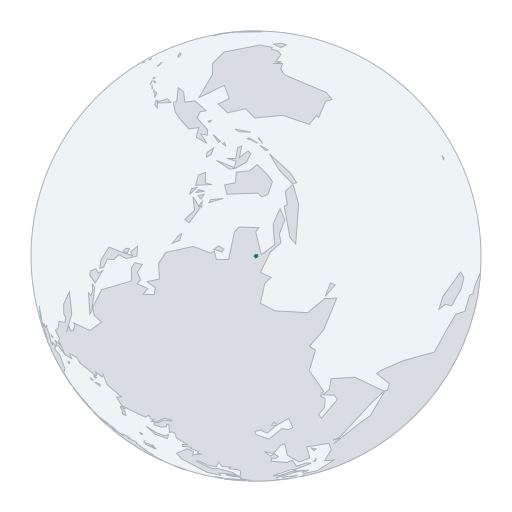 Saraburi on an orthographic globe, rotated 221°
{"feature_id": "THA-415", "entity_name": "Saraburi", "entity_type": "Province", "adm_level": 1, "iso_a3": "THA", "parent_name": "Thailand", "parent_adm1": "", "projection": "orthographic", "projection_center": [100.926, 14.549], "detail": "fine", "context": "on_globe", "style": "filled", "palette": "teal", "viewbox_px": 512, "rotation_deg": 221, "n_neighbors": 0, "source": "natural_earth", "source_scale": "10m", "svg_char_len": 10285}
<svg xmlns="http://www.w3.org/2000/svg" viewBox="0 0 512 512"><g transform="rotate(221 256 256)"><circle cx="256" cy="256" r="225" fill="#eef3f6" stroke="#a8b0b8"/><path d="M468.6,326.7L468.1,328.1L468.0,328.4L468.6,326.7ZM356.4,54.3L357.7,55.2L366.2,60.1L358.7,56.2L379.8,69.4L386.8,76.2L374.4,66.0L369.7,63.2L372.2,66.1L367.9,63.9L366.7,64.4L361.3,61.8L354.5,56.8L351.0,55.2L352.9,57.5L348.8,56.9L346.5,53.7L339.0,52.5L326.3,45.5L324.4,41.6L312.9,38.1L310.0,37.3L325.8,41.8L341.3,47.5L356.4,54.3ZM373.4,64.6L371.5,63.1L374.8,65.4L373.4,64.6ZM367.4,64.9L369.3,66.2L367.9,66.0L367.4,64.9ZM358.4,62.0L355.4,61.5L357.2,61.0L358.4,62.0ZM352.9,60.7L345.9,60.4L349.6,62.9L335.4,56.3L346.0,58.4L347.7,57.2L349.5,59.1L352.9,60.7ZM301.6,35.4L302.1,35.5L294.1,34.0L290.6,33.4L301.6,35.4ZM328.7,53.1L326.0,52.5L327.5,52.2L328.7,53.1ZM307.2,36.6L300.7,35.5L299.8,35.4L294.1,34.0L307.2,36.6ZM273.4,31.4L273.9,31.4L271.2,31.2L271.4,31.3L273.4,31.4ZM289.9,33.4L287.2,33.0L291.9,33.9L287.2,33.3L284.2,32.6L283.6,32.7L282.1,32.6L281.3,32.2L289.9,33.4ZM269.7,31.1L271.2,31.4L265.8,30.9L258.0,30.7L257.6,30.7L269.7,31.1ZM277.2,31.9L273.2,31.5L273.7,31.5L276.8,31.7L277.2,31.9ZM285.1,33.3L293.0,34.3L293.4,34.5L285.1,33.3ZM268.8,31.3L270.2,31.5L268.2,31.3L268.8,31.3ZM280.0,32.6L282.7,32.8L283.1,33.0L280.0,32.6ZM270.6,31.8L268.8,31.5L270.8,31.5L270.6,31.8ZM274.8,32.1L274.6,32.3L272.6,31.7L276.0,32.2L274.8,32.1ZM279.9,32.7L281.0,32.9L278.7,32.6L279.9,32.7ZM263.9,32.1L260.9,31.3L265.4,31.2L267.7,31.9L263.9,32.1ZM76.3,120.2L77.0,122.6L75.8,125.2L68.8,134.3L63.4,153.0L70.0,146.5L72.1,159.1L78.0,162.6L92.5,145.2L82.9,138.9L88.2,128.9L101.5,126.2L110.9,133.0L113.3,129.4L113.1,118.5L121.3,114.0L113.8,114.4L112.4,118.6L107.7,119.3L108.7,115.5L111.5,113.9L110.3,110.8L97.2,120.5L94.3,125.9L87.6,123.8L82.3,133.0L78.4,135.7L85.9,121.5L89.7,117.2L98.9,101.4L94.3,105.5L85.3,121.0L85.5,119.0L79.2,125.8L84.1,119.1L95.1,102.1L93.0,101.4L83.0,111.7L98.6,94.9L97.7,95.8L103.0,90.9L112.7,82.2L110.7,84.2L114.2,81.4L113.6,82.6L121.5,78.0L122.2,79.0L133.8,71.6L135.7,71.4L128.3,75.6L123.6,79.6L126.5,83.6L129.5,82.8L136.8,77.9L136.6,80.1L143.3,75.0L149.1,75.9L147.6,70.8L156.1,66.1L164.2,64.1L166.7,62.0L153.6,65.3L148.6,67.6L144.7,70.9L130.8,77.7L128.0,77.7L141.6,67.9L139.1,67.2L150.7,60.8L179.1,54.1L186.6,55.0L181.3,65.5L174.7,67.4L173.3,64.3L166.8,71.2L171.1,68.7L171.0,70.8L179.1,67.8L179.4,69.2L186.6,64.1L187.9,65.6L183.3,68.8L196.4,66.5L201.3,69.2L204.1,68.1L205.7,66.1L210.9,71.5L212.8,70.5L211.8,68.3L214.8,65.0L222.2,61.6L223.6,63.6L221.1,65.1L218.0,71.8L211.2,76.1L212.6,76.6L218.8,73.4L222.5,65.2L226.6,62.6L225.7,66.3L226.4,64.7L228.8,64.1L232.5,65.6L233.9,61.7L258.9,55.0L268.6,58.0L265.1,61.5L284.0,61.2L293.5,66.2L292.5,63.9L301.0,63.2L298.1,61.6L298.3,60.5L318.7,59.8L324.5,61.8L332.2,60.3L331.8,59.4L327.8,57.7L335.4,56.3L349.6,62.9L349.9,64.7L358.5,68.3L358.2,72.1L361.8,77.4L356.4,80.5L359.8,85.0L362.8,86.0L369.6,93.4L373.3,106.5L357.1,91.4L349.0,74.1L351.2,80.4L346.7,77.9L345.1,79.7L347.0,84.7L349.6,85.8L332.4,90.9L329.1,105.0L338.9,104.9L345.5,110.0L350.3,129.4L333.6,155.4L342.2,165.2L343.0,171.5L336.2,175.0L334.8,165.8L327.5,162.2L327.7,156.9L316.3,160.4L316.2,153.1L307.4,160.1L311.2,166.1L321.3,165.2L313.8,175.3L324.6,186.4L326.4,199.5L309.6,222.0L291.9,228.4L290.9,232.5L283.7,227.4L274.3,235.4L288.0,259.8L287.8,266.7L272.4,279.2L272.1,274.0L252.8,260.5L249.4,276.8L264.0,291.3L269.0,307.6L257.8,302.0L252.7,287.7L245.9,282.4L247.7,268.2L241.9,246.5L230.6,249.8L231.4,241.2L221.7,223.1L205.5,227.2L179.8,247.2L176.3,268.7L167.4,277.2L156.4,244.2L156.5,223.0L149.3,223.9L140.6,204.5L116.2,198.3L115.7,192.5L110.4,193.8L104.8,186.6L105.0,177.4L100.2,176.6L100.4,201.1L105.8,202.2L114.4,195.2L113.1,203.5L118.9,212.7L102.1,229.2L70.7,238.0L72.5,221.6L74.0,173.5L76.7,169.2L76.9,168.7L77.2,167.7L72.3,174.4L74.2,165.4L68.2,197.3L65.0,210.4L70.2,238.8L68.5,240.8L71.7,247.3L87.7,246.3L86.7,251.6L76.1,273.8L58.3,300.5L63.5,324.2L67.0,343.0L62.1,351.3L69.0,366.6L67.4,369.5L71.5,377.7L73.8,384.6L75.4,389.8L72.4,386.5L63.0,372.3L54.8,357.3L47.7,341.7L41.8,325.7L37.1,309.3L33.7,292.5L33.4,290.7L33.3,289.8L31.4,273.6L30.7,257.3L31.2,240.9L32.9,224.7L35.8,208.6L39.8,192.8L44.9,177.3L51.2,162.2L58.5,147.6L66.9,133.5L76.3,120.2ZM115.8,150.8L124.8,154.9L129.4,141.9L133.2,142.7L133.4,138.3L129.7,141.0L131.4,129.5L138.4,127.8L141.7,122.9L138.9,121.3L125.9,126.4L123.3,142.5L117.5,146.4L115.8,150.8ZM131.0,68.6L131.7,68.1L133.9,66.8L130.8,69.0L126.8,71.6L126.2,71.9L131.0,68.6ZM127.4,71.6L141.1,62.8L142.2,62.7L139.3,64.1L138.6,65.0L133.7,67.6L121.4,76.9L117.0,80.0L117.8,78.1L119.9,76.8L122.8,74.5L127.4,71.6ZM179.9,44.0L174.7,46.4L169.8,48.3L168.6,48.4L171.3,47.2L174.1,46.1L175.5,45.6L179.9,44.0ZM233.0,31.9L236.3,31.6L246.0,31.0L249.2,30.9L245.5,31.1L251.3,31.0L246.4,31.5L248.6,31.6L245.9,32.6L237.5,33.5L240.5,33.6L238.7,34.8L231.8,35.9L233.6,34.7L224.6,37.1L223.0,36.2L222.1,36.5L218.2,36.5L211.8,37.3L212.1,36.8L209.5,37.4L206.8,37.6L203.4,38.4L202.7,37.9L198.3,38.9L200.5,38.2L193.2,40.1L198.3,38.6L195.4,39.2L192.0,40.4L193.8,39.5L213.2,34.8L233.0,31.9ZM262.9,32.3L253.1,32.8L247.4,32.8L254.4,31.2L253.1,31.1L257.4,30.7L265.5,31.0L263.6,31.0L261.0,30.9L263.0,31.1L260.4,31.3L261.2,31.6L257.8,31.6L262.9,32.3ZM78.9,122.7L78.8,123.8L79.6,124.6L75.7,129.2L78.9,122.7ZM86.0,111.0L86.6,111.1L81.4,117.3L81.5,116.4L86.0,111.0ZM91.3,106.1L87.0,110.6L89.4,107.6L91.3,106.1ZM129.3,75.7L130.4,75.8L128.8,77.0L126.2,78.5L129.3,75.7ZM204.9,45.1L206.8,43.8L208.2,43.7L215.5,41.4L217.3,42.3L213.6,44.0L204.9,45.1ZM88.4,147.3L84.1,149.8L84.3,147.4L85.7,147.0L88.4,147.3ZM77.6,138.9L78.0,143.1L76.5,140.1L77.6,138.9ZM208.0,45.6L210.8,44.5L210.0,45.7L208.0,45.6ZM219.0,42.8L218.7,44.0L218.4,42.1L219.0,42.8ZM177.1,451.4L181.7,453.8L178.5,453.4L177.1,451.4ZM88.4,348.0L91.1,378.2L85.0,376.1L79.6,365.9L75.7,346.9L81.4,343.7L83.0,335.8L88.4,348.0ZM324.8,345.3L331.3,346.2L331.1,347.2L324.8,345.3ZM318.0,341.8L325.6,342.1L316.6,344.0L318.0,341.8ZM328.5,342.3L336.2,340.3L339.5,338.7L338.8,340.7L328.5,342.3ZM312.9,341.9L284.6,341.1L273.3,338.0L276.0,334.5L294.2,336.0L312.9,341.9ZM275.1,334.3L257.9,323.2L234.0,291.2L242.5,292.3L267.4,312.1L265.9,315.2L276.3,323.9L275.1,334.3ZM316.7,316.1L315.0,325.7L299.5,324.7L292.4,322.9L287.5,310.5L290.2,304.3L296.0,304.6L318.4,283.6L326.3,289.0L319.5,297.9L325.9,306.4L316.7,316.1ZM177.3,270.9L182.1,284.5L177.2,286.0L177.3,270.9ZM327.2,268.7L318.4,278.0L326.4,265.6L327.2,268.7ZM331.9,257.0L332.5,261.8L328.8,257.1L331.9,257.0ZM290.9,239.1L284.7,240.0L284.5,236.6L292.2,233.5L290.9,239.1ZM327.6,210.7L327.9,220.5L326.8,223.8L323.8,217.8L327.6,210.7ZM227.0,55.5L214.9,57.4L207.3,60.2L204.9,63.8L203.1,60.0L214.8,55.5L227.0,55.5ZM254.8,54.6L256.8,52.2L259.4,53.2L259.3,53.9L254.8,54.6ZM253.6,53.1L249.6,50.4L253.0,49.1L255.5,51.4L253.6,53.1ZM228.4,46.8L224.7,47.1L225.4,46.0L228.4,46.8ZM417.0,412.7L417.0,413.4L410.6,419.6L403.0,426.3L398.1,429.5L417.0,412.7ZM371.7,435.2L374.2,429.2L381.3,427.7L376.1,433.4L371.7,435.2ZM422.1,407.6L427.9,401.0L432.8,393.7L428.8,400.0L430.1,399.0L418.0,412.5L422.1,407.6ZM353.2,411.5L310.2,425.5L301.4,424.0L304.9,418.5L299.5,401.6L302.5,402.0L302.2,390.4L328.3,379.5L347.5,359.4L360.5,360.3L371.3,345.5L384.2,345.9L379.5,357.4L391.9,364.1L403.0,338.0L407.9,364.4L415.1,372.9L413.9,389.0L391.2,418.0L380.6,424.2L379.7,422.0L375.0,425.1L369.4,424.6L368.6,416.3L363.9,419.3L369.5,412.4L362.2,418.7L360.3,413.4L353.2,411.5ZM444.7,355.0L445.9,355.4L446.9,359.4L445.0,359.2L444.7,355.0ZM465.3,333.5L465.1,335.5L464.1,336.6L465.3,333.5ZM468.0,328.4L466.9,330.0L468.6,326.7L468.0,328.4ZM454.4,337.6L454.7,339.1L454.1,339.8L454.4,337.6ZM454.0,337.2L455.1,334.3L454.6,337.0L454.0,337.2ZM449.1,324.1L450.1,322.5L450.4,323.5L449.1,324.1ZM341.0,346.2L350.3,338.7L355.1,338.0L341.0,346.2ZM448.1,321.3L445.8,321.5L446.1,320.0L448.1,321.3ZM448.5,317.9L448.4,315.8L449.4,320.4L448.5,317.9ZM444.3,314.0L446.9,317.2L444.0,314.5L444.3,314.0ZM442.6,314.8L440.5,313.5L440.7,312.8L442.6,314.8ZM417.1,320.5L425.1,332.0L418.2,332.4L410.6,325.4L403.9,333.0L389.1,332.8L392.8,328.2L391.0,321.5L375.3,319.5L372.1,315.1L377.8,312.0L367.2,308.8L378.9,306.4L383.5,315.3L390.0,307.9L400.9,309.2L411.2,311.5L419.1,317.7L417.1,320.5ZM378.6,326.4L380.6,326.4L378.7,329.1L378.6,326.4ZM436.6,309.0L439.5,313.0L439.1,314.2L437.6,313.7L436.6,309.0ZM421.0,316.0L429.7,307.7L431.6,307.6L425.8,316.7L421.0,316.0ZM427.7,303.0L431.6,303.6L433.5,307.7L432.7,308.9L427.7,303.0ZM354.9,318.7L354.4,321.2L351.3,319.3L354.9,318.7ZM358.9,317.1L368.1,319.6L358.0,319.3L358.9,317.1ZM330.3,308.5L333.1,314.5L341.9,310.7L335.2,316.2L341.0,326.0L338.9,329.7L333.1,319.1L330.9,330.1L326.9,329.9L324.9,320.5L329.0,309.0L332.9,304.2L348.7,302.2L330.3,308.5ZM358.9,309.8L356.4,302.8L358.2,298.1L360.9,301.8L358.9,309.8ZM348.9,286.1L342.1,278.0L336.1,281.1L348.0,269.8L352.6,279.3L348.9,286.1ZM342.8,268.3L337.2,271.1L342.9,264.6L342.8,268.3ZM335.7,268.4L334.8,262.8L339.4,263.5L335.7,268.4ZM345.8,268.6L346.5,259.0L348.9,264.6L345.8,268.6ZM332.4,250.2L342.5,259.5L329.7,255.5L328.3,237.3L333.7,236.9L332.4,250.2ZM356.7,178.5L354.9,173.6L359.5,172.6L359.4,176.2L356.7,178.5ZM372.8,166.3L360.1,170.7L349.7,175.1L353.4,177.3L351.8,185.7L345.8,177.9L352.4,168.8L360.5,167.1L360.8,160.4L366.2,155.9L363.6,147.6L365.7,144.2L370.5,151.4L372.8,166.3ZM362.1,144.2L359.6,130.2L368.6,132.4L371.2,135.9L368.6,141.2L364.0,139.7L362.1,144.2ZM361.6,127.7L357.1,126.3L343.9,106.8L343.4,103.4L358.2,118.3L354.8,118.0L356.4,122.7L361.6,127.7ZM327.3,53.6L326.1,52.6L328.6,53.6L327.3,53.6ZM296.5,59.7L297.2,58.4L300.1,59.3L296.5,59.7ZM300.7,55.6L296.9,55.4L300.3,54.7L300.7,55.6ZM288.6,55.5L295.1,55.0L289.7,56.8L288.6,55.5Z" fill="#d9dde1" stroke="#a8b0b8" stroke-width="1"/><path d="M257.0,255.2L257.1,255.9L257.0,256.0L257.2,256.3L257.1,256.5L257.0,256.8L256.9,256.8L256.9,256.7L256.7,256.7L256.4,256.8L256.3,257.0L256.2,257.0L255.9,257.3L255.9,257.2L255.6,257.2L255.6,256.9L255.4,256.9L255.5,256.8L255.5,256.7L255.4,256.6L255.4,256.4L255.4,256.2L255.4,255.9L255.2,255.9L255.1,256.0L254.9,256.0L254.7,256.0L254.7,255.9L254.7,255.6L254.8,255.4L255.0,255.3L255.2,255.2L255.3,255.1L255.3,254.9L255.5,254.8L255.5,254.7L255.7,254.8L255.8,254.8L255.8,255.0L256.0,255.2L256.3,254.9L256.6,254.8L256.8,254.8L256.8,255.0L257.0,255.0L257.0,255.2Z" fill="#14b8a6" stroke="#0f766e" stroke-width="1.5"/></g></svg>